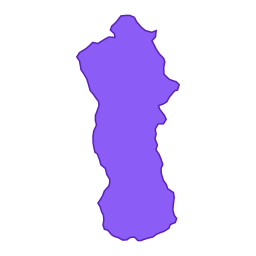 Roseira, São Paulo, Brazil
{"feature_id": "56859067B73813255316006", "entity_name": "Roseira", "entity_type": "district", "adm_level": 2, "iso_a3": "BRA", "parent_name": "Brazil", "parent_adm1": "São Paulo", "projection": "robinson", "projection_center": [-45.302, -22.932], "detail": "fine", "context": "isolated", "style": "filled", "palette": "violet", "viewbox_px": 256, "rotation_deg": 0, "n_neighbors": 0, "source": "geoboundaries", "source_scale": "gbopen_adm2", "svg_char_len": 1563}
<svg xmlns="http://www.w3.org/2000/svg" viewBox="0 0 256 256"><path d="M156.2,30.6L151.8,32.3L145.4,30.6L141.1,27.1L138.9,24.4L136.6,21.8L134.4,17.4L129.8,15.4L126.4,15.4L121.0,15.9L116.0,22.3L111.8,26.1L110.4,30.0L114.4,33.8L114.9,37.5L108.9,37.0L105.3,38.9L97.9,43.5L92.7,42.4L89.5,45.6L86.2,48.5L83.1,50.5L79.5,52.6L76.8,56.9L79.5,60.9L80.3,65.2L81.0,69.7L83.4,73.1L86.7,78.7L88.4,84.1L90.2,90.6L93.4,94.3L95.4,97.3L98.6,101.6L99.0,105.6L96.9,111.6L95.4,115.5L95.4,120.6L96.5,125.1L93.8,130.9L93.0,136.0L93.1,142.8L93.8,146.9L94.9,152.1L97.4,154.0L99.4,159.4L100.9,164.8L105.3,168.4L106.9,174.7L109.7,179.2L109.7,182.9L108.7,186.3L106.4,188.7L104.3,191.2L102.5,196.0L99.8,200.4L97.9,203.1L100.1,206.7L101.7,211.9L103.4,215.1L103.8,220.0L103.0,225.1L104.4,229.2L107.9,230.3L111.5,234.6L114.2,236.4L118.0,237.5L122.8,240.1L127.0,239.8L130.1,237.5L134.5,237.1L137.9,240.6L140.8,240.6L143.9,239.4L148.2,238.1L153.0,236.9L156.2,234.4L159.9,232.8L163.8,231.4L168.8,228.4L170.3,224.5L175.3,222.5L176.6,218.5L174.2,215.2L172.8,209.8L173.2,205.7L174.2,197.3L173.4,192.5L167.7,188.7L166.2,184.3L163.4,180.3L161.4,173.9L161.0,168.5L162.8,164.6L161.1,159.4L159.1,154.4L155.9,149.7L157.4,145.0L155.0,138.7L156.1,134.1L155.2,129.3L158.1,123.9L163.5,123.8L166.2,119.3L164.3,115.2L159.5,109.0L158.6,105.6L163.2,104.0L166.6,102.0L169.5,96.9L174.6,90.8L177.5,90.1L179.2,84.7L176.1,81.7L172.1,80.4L169.2,79.3L164.0,74.2L163.7,67.4L164.8,62.0L163.6,58.3L159.5,54.1L156.2,49.2L154.0,44.6L151.9,40.8L155.4,37.0L156.2,30.6Z" fill="#8b5cf6" stroke="#5b21b6" stroke-width="1.5"/></svg>